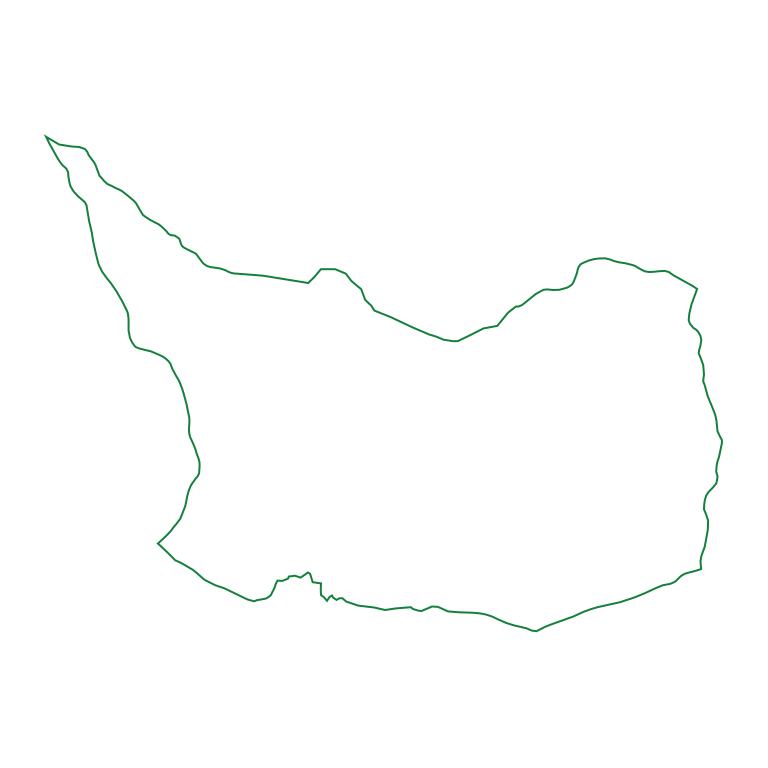 the district of Dopshari, Paro, Bhutan
{"feature_id": "84629894B98882308612415", "entity_name": "Dopshari", "entity_type": "district", "adm_level": 2, "iso_a3": "BTN", "parent_name": "Bhutan", "parent_adm1": "Paro", "projection": "orthographic", "projection_center": [89.434, 27.456], "detail": "fine", "context": "isolated", "style": "outline", "palette": "green", "viewbox_px": 768, "rotation_deg": 0, "n_neighbors": 0, "source": "geoboundaries", "source_scale": "gbopen_adm2", "svg_char_len": 4305}
<svg xmlns="http://www.w3.org/2000/svg" viewBox="0 0 768 768"><path d="M697.1,289.0L692.4,285.8L687.7,283.2L682.4,280.3L678.0,277.8L673.7,275.5L668.8,272.0L664.7,270.9L659.3,271.2L653.9,271.8L649.0,272.0L644.8,271.3L642.1,270.0L637.4,267.4L634.9,265.8L631.2,264.7L625.5,263.3L619.0,262.3L613.9,261.0L609.8,259.4L605.0,258.3L598.7,258.5L593.8,259.2L588.8,260.5L583.8,262.6L580.8,264.1L579.2,266.0L577.9,268.8L576.8,273.6L575.1,278.0L574.0,280.9L572.4,284.0L570.5,285.7L567.5,287.5L563.8,288.6L559.2,289.8L553.0,290.0L549.2,289.6L546.6,289.4L543.5,289.8L535.9,293.9L528.3,300.0L524.3,303.3L521.5,305.3L518.7,306.5L515.9,306.5L508.1,312.6L497.3,325.9L483.5,328.4L470.9,334.8L457.9,341.1L453.3,341.2L443.6,339.7L436.2,336.6L429.2,334.5L413.7,327.9L404.5,323.6L391.1,317.3L374.4,310.6L371.3,305.7L365.2,299.9L361.2,289.2L351.4,281.0L345.9,273.7L335.2,269.2L320.9,269.2L314.5,276.9L308.2,283.0L263.1,275.7L233.6,273.4L230.9,272.8L227.5,271.4L225.4,270.2L220.2,268.5L215.8,267.8L210.5,267.1L207.0,266.0L203.3,263.5L199.5,258.5L196.1,253.9L193.7,252.5L191.3,251.4L184.4,247.9L182.0,246.0L180.9,243.6L179.3,238.6L174.7,235.6L170.7,235.1L168.4,233.8L166.4,231.2L161.5,226.5L158.5,224.2L154.7,222.3L150.5,220.1L145.2,216.7L142.9,214.9L139.5,209.2L136.0,203.2L133.7,200.6L127.2,195.2L122.0,191.1L118.8,189.4L116.3,188.4L112.2,186.2L107.4,184.0L104.1,181.0L102.2,178.7L99.5,175.8L97.0,169.1L95.5,164.9L93.5,161.5L91.2,158.6L88.7,155.1L87.3,151.9L84.8,148.9L79.1,147.0L71.6,146.5L59.1,144.5L46.1,136.8L49.5,143.8L57.8,158.6L60.1,162.2L62.7,165.4L66.3,168.6L68.1,172.1L68.4,176.5L69.5,182.9L70.6,186.5L72.2,189.2L73.7,191.6L78.3,196.5L84.6,201.9L86.5,205.3L88.1,215.0L89.1,221.0L91.9,233.0L92.8,239.3L94.1,245.7L95.7,252.9L97.5,260.2L98.6,264.4L101.9,271.3L106.7,278.1L110.7,282.9L116.7,291.7L118.9,295.6L121.9,300.7L126.8,310.5L127.9,313.4L128.4,317.6L128.6,320.2L128.6,330.7L129.3,334.3L129.9,337.7L132.2,342.6L135.3,346.8L139.4,348.5L142.5,349.3L147.3,350.5L150.8,351.3L156.2,353.6L161.0,355.7L163.6,357.1L166.4,359.2L168.8,361.5L170.5,364.0L172.5,369.2L176.3,376.2L179.3,381.3L182.1,388.5L183.2,392.1L184.5,396.6L186.8,405.3L187.7,410.2L189.1,416.6L189.4,419.1L189.4,422.8L188.9,430.1L189.5,435.0L190.5,437.9L193.4,444.2L195.4,449.2L197.0,454.6L198.4,458.1L199.5,462.2L199.6,466.6L199.1,473.2L197.8,476.1L195.6,478.7L192.3,483.2L190.6,486.1L188.9,490.3L187.5,495.0L186.6,499.5L185.3,506.0L182.5,513.2L180.2,518.9L176.8,523.4L173.3,527.6L170.9,530.9L165.9,536.2L157.9,543.5L163.3,548.5L167.8,552.8L169.5,554.5L173.3,558.3L175.1,560.2L181.2,563.0L193.0,569.9L195.8,572.2L204.5,579.8L215.0,585.1L217.8,586.1L221.2,587.2L224.6,588.4L234.9,593.4L244.4,598.0L247.9,599.6L254.3,601.3L256.8,600.2L260.3,599.6L265.8,598.6L268.5,597.0L270.9,595.1L272.1,592.5L273.3,590.3L274.5,587.8L275.8,583.8L277.5,580.6L282.2,580.9L284.6,580.0L287.9,578.7L288.9,576.5L291.7,576.2L294.9,575.7L300.6,577.6L304.0,575.3L307.8,572.5L310.1,573.8L312.7,582.2L317.4,582.9L321.0,583.4L320.8,587.8L320.8,591.7L321.1,595.2L323.7,597.0L327.0,600.8L329.5,597.1L332.0,595.5L333.2,597.7L336.6,599.9L339.4,598.3L342.3,598.2L346.3,601.6L358.2,605.6L374.2,607.5L378.6,608.5L385.0,610.0L396.0,608.4L410.9,607.2L412.7,608.9L417.1,610.3L421.2,611.1L432.1,606.5L438.0,606.9L448.0,611.4L459.2,612.3L469.0,612.6L473.7,612.8L480.3,613.4L486.3,614.6L492.0,616.5L499.4,620.0L506.6,623.1L514.8,625.6L520.6,626.9L526.4,628.3L531.9,630.6L536.5,631.2L544.9,626.9L550.7,624.6L565.3,619.4L572.9,616.7L583.4,611.9L590.5,609.3L597.5,607.2L608.2,604.8L620.0,602.2L633.5,597.8L644.2,593.5L655.6,588.2L663.0,585.2L666.7,584.5L669.8,584.0L673.9,582.3L676.0,580.9L679.2,577.7L681.4,575.7L684.7,573.8L689.8,572.3L694.4,571.2L701.1,569.1L700.5,561.3L701.2,556.6L702.4,553.1L704.7,546.9L706.2,538.7L707.8,529.9L708.1,520.4L705.4,512.6L704.0,509.5L704.2,504.5L704.9,499.8L706.1,495.8L708.5,492.0L713.1,487.3L716.2,483.5L716.8,481.1L717.6,476.6L716.2,471.7L716.6,465.8L717.6,461.0L719.0,457.0L720.5,449.9L721.9,443.1L721.9,440.0L719.6,435.8L717.5,431.2L716.4,420.3L715.2,414.8L713.0,409.0L707.7,396.2L704.6,384.8L703.2,381.5L703.5,378.2L704.0,374.4L703.2,364.9L700.6,357.9L698.7,353.1L699.1,350.2L700.3,346.3L701.3,340.1L700.4,335.7L698.3,332.0L696.2,329.7L693.2,327.8L689.8,323.5L688.7,320.2L689.3,313.6L691.5,304.4L697.1,289.0Z" fill="none" stroke="#15803d" stroke-width="2"/></svg>